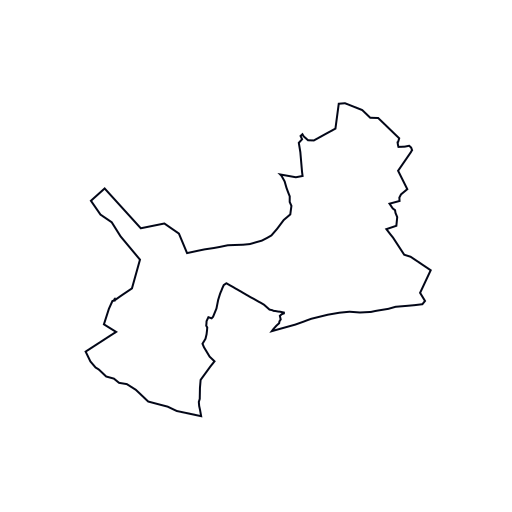 outline of Yola South, Adamawa, Nigeria, rotated 111°
{"feature_id": "59680162B24147659958725", "entity_name": "Yola South", "entity_type": "district", "adm_level": 2, "iso_a3": "NGA", "parent_name": "Nigeria", "parent_adm1": "Adamawa", "projection": "equal_earth", "projection_center": [12.362, 9.242], "detail": "fine", "context": "isolated", "style": "outline", "palette": "ink", "viewbox_px": 512, "rotation_deg": 111, "n_neighbors": 0, "source": "geoboundaries", "source_scale": "gbopen_adm2", "svg_char_len": 2682}
<svg xmlns="http://www.w3.org/2000/svg" viewBox="0 0 512 512"><g transform="rotate(111 256 256)"><path d="M366.6,263.2L359.8,271.9L357.1,274.5L351.4,273.5L346.8,274.1L342.9,275.1L340.2,275.9L338.9,277.5L336.7,278.1L334.6,278.8L332.9,278.7L330.2,278.5L330.1,275.1L328.1,274.3L319.2,274.1L310.5,275.6L304.3,276.0L302.2,276.0L301.0,275.9L298.3,275.9L294.7,275.7L292.1,273.9L292.2,272.9L292.4,271.9L292.5,271.1L292.7,269.9L292.9,268.4L293.1,266.9L293.3,265.6L293.6,264.1L293.8,262.8L293.9,261.7L294.0,261.4L294.1,260.5L294.4,258.8L294.5,257.8L294.8,256.2L295.0,255.1L295.2,253.8L295.4,252.5L295.7,250.9L295.9,249.3L296.1,248.3L296.5,245.7L296.8,242.8L297.4,239.1L297.8,236.5L297.9,235.2L298.6,231.1L300.5,226.0L301.2,224.2L300.8,221.6L300.9,219.8L300.4,218.1L299.9,215.3L299.4,213.7L298.8,209.7L299.6,209.4L301.1,211.1L303.3,212.3L306.4,210.2L308.6,210.7L310.5,210.3L312.2,211.2L314.0,212.1L314.4,212.2L314.6,212.3L318.0,213.6L320.5,214.3L316.6,209.1L306.6,195.6L306.1,194.9L300.1,187.9L298.0,185.6L294.8,181.9L285.0,167.8L279.0,157.7L274.5,148.7L271.5,138.7L267.0,128.6L264.7,125.1L263.2,122.6L257.9,113.5L253.4,107.5L248.1,96.5L245.1,90.4L241.4,83.4L237.4,82.1L231.6,89.6L206.7,87.8L201.3,111.4L201.7,118.1L189.7,134.7L187.5,138.5L184.2,143.9L177.5,135.8L169.1,138.1L165.8,141.2L163.4,142.6L162.6,145.4L159.3,150.1L153.2,141.7L150.1,143.1L146.5,142.7L139.4,138.7L125.5,153.9L113.9,151.1L103.5,148.6L102.0,148.4L101.3,148.2L99.2,150.0L98.2,152.5L100.6,156.3L103.1,162.1L102.0,162.9L100.7,163.7L99.1,164.6L98.5,164.2L94.8,164.5L83.4,191.4L86.0,198.9L81.7,209.1L81.5,227.7L84.2,233.3L108.6,227.5L117.3,234.9L127.4,243.4L129.3,248.9L127.2,254.4L125.7,256.3L128.0,257.4L130.5,254.8L135.0,256.6L143.2,251.8L160.9,243.2L164.6,241.2L168.2,247.0L171.2,262.6L172.0,260.9L176.1,256.0L181.4,252.0L183.7,250.0L185.5,248.4L188.2,245.9L193.5,243.9L196.5,240.9L204.9,238.9L212.4,243.0L223.0,246.0L231.3,249.0L235.0,252.0L239.6,256.1L243.3,261.1L245.4,263.8L247.1,266.1L250.1,272.1L253.1,279.2L256.1,286.2L260.6,293.2L263.7,298.3L268.2,306.3L272.1,312.4L272.7,313.3L278.0,321.4L262.7,336.0L258.5,353.2L271.4,373.5L247.2,421.5L263.6,429.9L273.1,416.0L276.2,402.8L286.2,389.5L301.0,363.0L330.7,360.2L335.0,363.2L339.4,366.3L342.6,368.5L347.3,371.6L346.6,372.4L347.3,372.7L348.3,372.1L349.4,373.9L358.0,374.4L374.3,373.5L377.0,359.4L382.7,363.6L406.3,380.8L413.8,372.8L417.6,365.8L418.1,363.0L418.4,361.8L422.2,352.7L421.4,344.7L423.5,338.4L421.9,330.7L424.0,320.2L430.5,304.5L429.1,291.5L428.3,284.5L428.8,278.3L429.1,274.4L425.2,249.8L419.9,253.0L416.4,255.3L412.7,257.1L409.6,257.3L399.1,261.1L391.5,263.3L375.5,259.0L369.2,257.0L366.6,263.2Z" fill="none" stroke="#020617" stroke-width="2"/></g></svg>